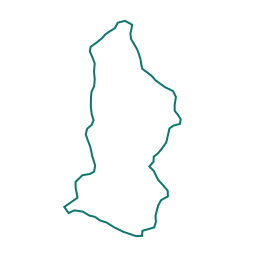 Albertina, Minas Gerais, Brazil (Equal Earth projection), rotated 281°
{"feature_id": "56859067B51905321176706", "entity_name": "Albertina", "entity_type": "district", "adm_level": 2, "iso_a3": "BRA", "parent_name": "Brazil", "parent_adm1": "Minas Gerais", "projection": "equal_earth", "projection_center": [-46.609, -22.199], "detail": "fine", "context": "isolated", "style": "outline", "palette": "teal", "viewbox_px": 256, "rotation_deg": 281, "n_neighbors": 0, "source": "geoboundaries", "source_scale": "gbopen_adm2", "svg_char_len": 1209}
<svg xmlns="http://www.w3.org/2000/svg" viewBox="0 0 256 256"><g transform="rotate(281 128 128)"><path d="M232.6,104.7L229.5,97.9L223.5,96.1L218.8,91.0L215.3,87.7L211.2,85.4L206.1,81.1L200.5,75.8L195.9,75.9L190.4,79.7L185.0,83.0L176.8,83.9L169.6,86.0L162.8,86.8L156.8,85.3L151.7,85.7L146.3,86.6L140.8,87.7L134.5,89.8L129.0,92.7L124.1,91.7L119.6,88.1L113.7,87.7L108.4,90.8L102.6,94.4L97.9,96.5L93.6,98.2L89.4,100.5L84.7,103.0L78.7,103.0L75.6,99.4L73.0,92.3L65.1,86.8L59.4,88.0L49.9,91.7L38.3,80.5L33.2,85.9L36.9,91.0L37.3,99.4L34.7,106.6L34.5,112.3L31.8,118.5L31.2,124.7L27.8,133.6L25.2,143.2L23.4,156.6L24.8,162.3L29.9,161.8L32.2,166.4L35.4,172.7L41.2,173.3L47.1,171.7L52.9,172.1L57.6,172.4L63.4,174.2L68.5,180.2L74.1,178.9L78.8,173.0L82.6,167.7L86.8,164.4L90.7,161.6L94.3,156.3L99.9,159.5L104.8,158.7L108.7,162.2L114.3,165.2L121.0,168.3L129.3,168.6L135.5,168.8L139.0,172.1L141.9,178.1L146.6,178.1L150.1,174.9L153.7,170.6L159.5,169.4L167.6,169.1L172.8,165.2L175.2,156.3L178.1,150.1L180.2,145.6L183.6,141.4L186.2,136.3L188.8,130.7L193.0,128.9L197.9,127.1L202.5,124.7L207.2,121.8L211.7,117.8L215.7,114.2L221.1,112.3L225.9,112.5L230.2,112.3L232.6,104.7Z" fill="none" stroke="#0f766e" stroke-width="2"/></g></svg>